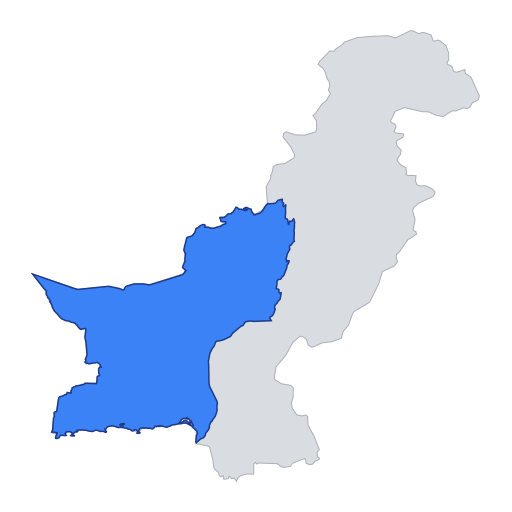 location of Baluchistan within Pakistan
{"feature_id": "PAK-1108", "entity_name": "Baluchistan", "entity_type": "Province", "adm_level": 1, "iso_a3": "PAK", "parent_name": "Pakistan", "parent_adm1": "", "projection": "natural_earth1", "projection_center": [66.028, 28.477], "detail": "fine", "context": "in_parent", "style": "filled", "palette": "blue", "viewbox_px": 512, "rotation_deg": 0, "n_neighbors": 0, "source": "natural_earth", "source_scale": "10m", "svg_char_len": 9565}
<svg xmlns="http://www.w3.org/2000/svg" viewBox="0 0 512 512"><path d="M471.0,77.2L479.4,95.9L478.2,99.9L472.3,103.0L470.1,106.9L467.3,108.6L463.5,107.9L455.8,110.9L452.2,110.8L443.2,116.5L436.2,115.4L428.8,111.9L422.3,111.7L404.3,107.6L395.1,111.4L390.7,120.7L391.2,122.5L394.4,123.8L395.7,125.5L396.0,127.1L394.0,131.0L395.3,132.9L403.5,133.9L403.6,135.4L402.7,137.4L396.9,140.7L396.3,143.0L397.1,146.0L401.2,150.3L400.4,154.4L397.1,159.2L397.4,161.0L400.9,164.9L405.8,167.7L406.7,172.2L406.0,173.9L407.4,175.3L416.0,175.7L415.5,180.8L416.8,184.6L419.7,185.9L425.2,185.7L432.1,188.8L434.9,191.9L434.7,194.1L432.8,196.6L418.7,203.1L413.7,207.5L412.6,211.1L415.1,219.5L413.2,229.0L413.8,230.8L415.8,231.5L416.5,234.1L409.6,238.9L408.4,238.9L399.5,251.6L396.5,254.5L396.1,257.3L397.6,261.7L394.2,266.1L382.4,271.5L378.4,284.5L369.6,302.2L354.0,311.6L352.7,313.5L348.3,325.4L343.3,331.2L341.2,338.4L332.0,341.6L322.0,342.9L313.4,346.9L311.2,347.0L308.2,345.0L306.4,339.3L302.4,336.4L300.0,336.3L292.8,342.3L286.0,355.0L276.0,366.9L274.2,377.8L275.2,379.9L281.7,383.8L290.8,385.4L293.3,387.9L293.0,397.8L291.5,402.6L292.2,408.1L296.9,415.0L302.1,415.9L305.5,415.0L307.7,416.4L307.9,424.6L314.4,436.9L319.3,449.6L317.3,451.9L317.2,453.5L317.3,456.4L319.4,458.3L319.3,459.3L314.9,461.3L312.6,464.0L310.1,464.8L306.2,463.4L305.2,458.7L303.6,458.9L292.6,463.2L290.4,466.4L284.3,467.3L281.8,467.1L277.3,463.7L258.7,463.0L256.6,464.0L255.3,462.3L253.8,463.9L253.7,474.1L247.0,474.0L241.2,475.4L237.9,477.8L236.5,481.3L234.2,478.1L231.8,478.7L229.2,476.2L228.1,478.7L223.8,479.3L223.1,475.6L220.8,476.9L219.1,474.9L218.3,472.3L215.2,469.8L213.6,467.0L213.0,460.4L209.6,447.3L207.6,446.0L196.4,443.7L195.8,441.4L196.2,431.3L192.6,426.1L191.6,422.6L188.6,419.5L185.6,418.6L182.7,419.0L180.2,422.3L186.6,421.8L189.7,423.9L183.1,423.2L173.2,424.8L167.4,426.9L159.7,426.3L150.0,428.4L141.9,428.6L138.6,432.7L135.3,431.0L124.3,427.7L121.7,425.3L118.2,427.4L112.1,425.9L107.5,427.0L105.7,428.9L105.6,431.8L96.5,430.3L92.1,431.4L82.2,430.0L79.6,430.3L72.3,434.4L69.1,431.4L66.0,433.7L60.8,434.5L56.2,434.3L51.2,432.7L52.6,429.3L54.1,413.5L56.7,410.4L58.4,399.4L59.3,397.4L66.3,394.3L67.3,392.5L70.5,392.9L72.6,388.4L76.2,386.0L86.0,383.2L96.5,383.0L97.3,376.6L99.1,375.2L98.9,368.5L100.7,366.9L100.6,366.0L99.4,364.1L96.9,362.5L89.8,363.7L85.5,362.6L85.6,359.0L86.9,354.2L85.0,337.1L85.6,328.9L80.2,329.2L74.3,323.1L61.4,318.6L54.0,310.3L46.2,294.2L45.7,290.6L32.6,274.1L78.1,289.4L108.6,286.3L123.4,289.9L125.4,287.6L131.6,284.7L151.2,284.2L183.0,273.8L185.2,270.3L183.4,267.8L183.2,265.5L185.0,258.4L184.5,248.6L186.2,242.0L187.5,238.3L193.1,234.6L196.8,228.7L199.5,226.4L202.2,225.0L205.1,225.1L207.5,227.1L212.3,227.9L216.9,227.4L224.8,223.7L224.6,222.5L220.9,219.9L220.3,218.1L221.7,217.0L224.8,216.7L232.5,212.3L236.4,208.1L244.3,209.7L248.5,208.1L253.7,213.4L256.1,213.8L262.0,210.3L267.4,203.5L266.2,186.7L270.7,178.2L270.6,175.5L271.9,173.1L273.2,166.8L275.0,165.3L278.8,164.2L284.7,163.6L294.1,157.7L294.7,154.9L290.4,146.4L283.0,137.0L283.6,133.3L286.4,131.8L295.6,134.9L304.6,135.2L315.5,131.9L316.6,129.5L316.6,121.0L312.9,115.6L315.6,113.2L321.8,104.1L326.1,100.8L330.5,93.5L328.4,89.9L329.9,85.8L329.0,81.1L327.5,79.4L324.9,71.4L322.5,67.9L318.1,64.4L319.4,61.7L329.8,51.0L334.0,51.2L335.3,49.3L342.6,44.3L344.3,42.1L356.9,37.7L370.3,36.4L388.0,35.7L395.4,37.9L410.5,30.7L413.0,30.8L418.5,33.6L422.9,32.4L425.4,32.9L431.0,34.9L433.2,40.8L434.2,41.3L437.3,40.1L439.9,40.7L445.9,45.5L448.6,52.8L448.7,60.1L447.0,62.8L447.3,64.1L451.7,66.4L453.9,71.6L456.8,72.2L464.9,69.6L465.4,73.5L471.0,77.2Z" fill="#d9dde1" stroke="#a8b0b8" stroke-width="1"/><path d="M259.1,213.6L260.8,212.5L262.5,210.8L265.9,205.4L268.0,203.4L269.3,203.8L274.5,203.4L275.9,202.8L278.0,200.3L281.6,199.3L282.4,199.4L282.4,200.0L282.0,201.1L282.0,201.6L283.7,203.3L283.0,205.0L283.1,205.8L283.6,206.4L284.1,206.5L284.7,206.1L285.4,204.9L285.8,205.0L285.5,208.2L285.6,212.9L285.2,217.8L285.6,218.5L287.3,219.1L287.7,219.9L288.3,224.1L288.8,224.4L288.8,223.0L289.7,221.2L290.3,221.5L290.8,221.2L291.7,221.2L293.6,218.8L294.0,219.2L294.2,220.9L294.7,222.2L294.4,224.4L294.5,226.7L294.0,230.9L294.3,232.9L294.0,239.6L294.4,241.4L293.4,241.8L291.1,245.1L290.0,245.3L289.7,246.1L289.4,247.8L289.8,248.6L289.8,249.1L287.3,253.9L286.0,259.4L286.1,259.9L286.7,260.3L286.9,261.7L288.1,260.6L289.1,260.9L289.1,261.5L288.3,263.6L287.2,264.9L286.6,268.3L283.9,275.1L283.3,276.0L282.1,276.9L281.1,278.6L280.5,279.2L278.8,279.5L277.8,279.9L277.0,281.3L277.0,283.8L276.2,288.4L276.5,288.8L277.9,289.0L278.7,289.5L279.0,289.9L278.9,292.3L279.7,293.3L280.6,292.7L281.0,292.6L281.1,293.7L280.2,298.8L279.9,299.5L278.3,300.9L277.0,303.2L275.1,305.1L274.8,305.7L274.5,307.9L275.3,309.1L273.7,313.6L272.3,315.8L270.2,317.0L269.8,317.6L269.8,318.2L271.3,320.7L254.3,321.4L249.5,321.0L245.6,321.8L244.8,322.6L243.2,325.3L240.5,326.6L232.6,333.3L230.5,336.4L223.7,339.7L220.1,340.7L216.9,341.2L215.8,341.8L214.2,345.9L212.2,348.6L210.4,352.2L209.8,353.7L208.4,361.3L208.7,365.8L209.0,382.9L209.2,384.5L209.8,386.8L217.0,401.3L217.4,403.4L216.9,406.4L217.1,409.8L216.7,412.0L215.3,416.2L213.0,419.3L212.2,421.0L211.0,422.0L209.4,425.3L209.5,427.2L208.6,429.6L205.7,433.2L205.3,435.3L203.8,437.5L202.7,438.2L200.9,438.7L196.4,442.7L196.4,442.4L195.8,442.0L196.3,436.1L197.3,433.6L197.3,432.8L196.8,431.1L192.0,426.6L192.1,425.9L192.9,426.1L193.2,425.4L193.1,424.5L192.0,423.5L191.5,421.4L191.0,421.7L190.8,421.3L190.4,421.4L190.0,420.4L188.8,418.7L187.4,418.9L187.0,418.5L187.1,417.8L186.1,418.4L185.1,418.5L183.8,418.2L183.3,418.6L182.3,418.9L181.2,419.8L180.4,421.6L179.6,422.2L179.2,422.9L182.5,422.3L183.3,421.4L183.8,421.2L183.8,420.6L186.0,420.2L186.5,420.8L187.5,421.3L188.4,422.7L189.4,422.2L189.9,422.3L190.4,422.7L189.4,423.6L190.6,424.4L190.9,424.9L190.6,425.5L186.6,423.2L185.3,422.9L184.4,423.1L183.6,422.9L181.0,423.8L178.4,423.8L174.4,424.8L172.5,424.8L169.9,426.2L168.7,426.4L166.7,427.3L161.5,425.9L159.6,426.5L159.0,426.4L159.4,425.7L157.7,425.9L156.5,426.6L155.6,426.1L154.8,426.4L153.5,428.4L152.6,428.9L149.9,428.3L147.7,428.2L146.0,427.9L145.1,427.8L144.3,428.2L142.8,427.8L141.0,428.0L139.6,428.9L138.9,430.3L138.7,431.2L138.9,432.0L140.0,432.5L140.0,432.9L138.5,433.4L136.9,433.1L137.7,431.8L137.7,431.2L137.2,430.5L136.0,429.8L134.6,429.6L133.9,430.7L132.4,431.0L131.8,430.8L130.2,429.4L127.5,428.9L126.9,428.2L125.2,428.2L122.7,427.6L123.0,425.9L122.4,425.3L122.4,424.5L123.0,424.3L124.0,424.4L124.3,424.3L124.4,423.8L123.6,423.6L121.6,424.0L121.3,423.7L119.3,425.0L119.9,424.8L120.3,425.5L121.0,424.9L121.4,424.9L122.2,426.6L121.7,427.3L119.6,427.5L119.1,427.3L118.4,427.6L114.5,426.3L112.6,425.9L110.7,426.0L107.9,426.6L106.9,427.3L105.7,429.1L105.4,429.3L105.0,429.2L105.3,430.2L106.4,431.5L106.2,432.2L105.8,432.4L103.3,431.4L102.4,431.3L100.4,431.5L96.8,430.2L95.8,430.1L92.5,431.5L90.1,431.3L85.2,430.1L78.4,430.0L76.9,430.2L76.6,430.9L76.7,431.4L77.3,431.7L76.7,432.0L76.0,431.7L75.1,432.0L73.8,432.9L73.1,433.7L73.0,434.8L73.4,435.2L74.4,435.5L74.2,436.0L71.6,435.9L70.7,435.6L71.6,434.8L72.3,434.6L72.4,434.2L71.8,432.7L70.6,431.8L67.6,431.6L65.7,432.3L65.1,433.5L65.5,433.9L65.6,434.7L66.2,435.4L65.5,435.6L61.4,435.3L60.1,435.5L59.1,437.7L57.5,438.4L56.5,438.5L55.7,438.3L55.5,437.7L55.9,436.6L55.7,436.2L56.6,435.1L56.8,434.0L57.3,433.1L57.3,432.6L56.8,432.7L56.4,433.1L54.8,432.2L51.8,432.1L52.7,429.3L53.5,418.2L53.8,417.4L54.4,416.7L54.4,415.5L54.0,412.9L54.6,412.0L56.3,411.7L56.7,411.2L58.4,399.4L59.0,397.4L59.7,396.8L63.1,395.8L64.7,394.8L66.4,394.4L67.3,392.4L70.6,393.2L71.3,392.8L70.8,390.9L72.2,389.0L72.0,388.0L73.9,386.8L75.0,386.8L75.6,386.0L80.6,385.3L81.9,384.5L82.7,384.8L83.6,384.6L84.3,384.2L84.8,383.3L85.1,383.2L94.0,383.6L94.8,383.4L96.0,383.8L96.6,383.2L96.9,381.8L97.2,376.9L97.4,376.3L99.0,375.9L99.4,375.5L99.5,374.8L98.7,373.1L98.6,368.9L99.5,367.2L100.0,366.9L101.1,367.1L99.8,364.2L97.1,362.3L95.3,362.9L93.7,362.9L89.1,363.9L87.4,363.2L86.6,363.5L84.9,362.1L85.6,361.8L86.0,360.9L85.9,360.0L85.3,359.3L86.8,355.7L87.0,354.3L86.1,343.0L84.9,337.3L85.8,330.0L85.7,328.8L85.1,328.4L80.5,329.4L78.2,327.0L77.4,325.3L76.2,324.7L75.4,323.4L74.6,322.9L70.9,322.1L68.6,321.0L65.8,320.7L61.5,318.7L58.8,315.9L57.7,314.3L54.8,311.5L54.0,310.4L53.2,308.6L52.4,307.6L52.1,305.9L50.9,303.0L49.7,301.8L50.3,301.1L50.3,300.5L49.6,300.0L48.9,298.5L47.8,297.8L47.5,296.2L46.3,294.6L46.1,293.9L46.5,291.4L46.2,290.5L44.6,289.4L32.7,274.1L75.2,288.8L78.1,289.4L108.6,286.3L119.8,288.6L123.0,290.1L123.8,289.8L125.5,286.8L126.4,286.2L134.0,283.9L143.6,283.9L148.2,284.8L149.6,284.9L182.0,274.9L184.2,273.2L185.5,271.1L186.0,270.7L182.8,267.8L182.6,267.3L183.1,265.5L184.9,261.6L185.0,261.0L184.9,258.9L185.5,254.4L185.2,253.0L184.4,251.7L183.9,250.3L184.0,248.9L186.7,237.9L187.4,237.2L191.8,236.1L194.9,232.5L195.9,228.7L196.5,228.2L197.6,228.0L199.8,225.9L202.7,224.6L204.3,224.6L204.7,224.8L204.9,225.3L205.0,226.1L204.7,226.7L204.9,227.2L206.5,227.4L208.1,227.1L210.2,228.1L213.9,228.3L216.3,227.3L220.5,226.3L223.5,224.3L225.5,224.0L225.8,223.4L225.7,221.9L224.7,221.6L222.4,221.9L221.2,221.4L220.8,220.9L220.7,219.5L219.7,217.9L220.1,217.3L223.6,217.6L225.9,216.2L227.6,214.2L228.4,213.8L229.6,213.9L231.1,213.7L231.8,212.8L233.3,212.0L233.7,210.7L234.6,209.8L235.8,207.3L236.4,207.3L237.7,207.9L239.0,209.3L241.8,209.4L245.8,210.7L247.2,209.8L247.0,209.4L244.2,209.3L243.7,209.1L243.6,208.7L245.3,207.6L246.6,207.4L249.1,208.7L251.1,209.2L251.6,211.5L253.6,214.3L254.3,214.9L255.4,214.7L258.1,213.5L259.1,213.6Z" fill="#3b82f6" stroke="#1e3a8a" stroke-width="1.5"/></svg>